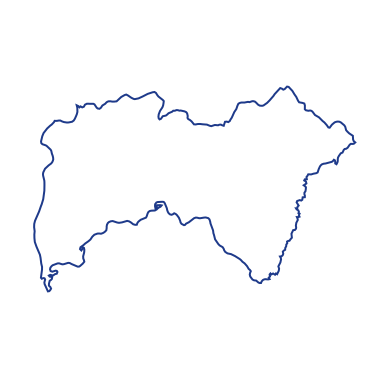 outline of São Romão, Minas Gerais, Brazil, rotated 187°
{"feature_id": "56859067B60763399870465", "entity_name": "São Romão", "entity_type": "district", "adm_level": 2, "iso_a3": "BRA", "parent_name": "Brazil", "parent_adm1": "Minas Gerais", "projection": "robinson", "projection_center": [-45.402, -16.354], "detail": "fine", "context": "isolated", "style": "outline", "palette": "blue", "viewbox_px": 384, "rotation_deg": 187, "n_neighbors": 0, "source": "geoboundaries", "source_scale": "gbopen_adm2", "svg_char_len": 5996}
<svg xmlns="http://www.w3.org/2000/svg" viewBox="0 0 384 384"><g transform="rotate(187 192 192)"><path d="M330.5,87.6L329.2,88.4L327.9,88.4L327.1,87.3L327.5,84.3L327.1,82.7L322.9,75.8L321.6,76.2L320.8,77.3L320.1,78.9L321.0,80.4L322.6,81.6L322.8,83.6L322.4,86.6L321.3,87.5L320.5,88.6L320.4,90.5L323.0,90.7L323.9,91.6L322.6,92.5L319.9,92.2L318.8,93.0L317.8,93.9L316.3,94.4L315.8,96.2L316.6,97.2L317.8,97.3L320.9,95.9L322.7,96.3L323.5,98.0L323.3,99.7L322.4,101.2L321.4,102.3L316.8,104.7L315.3,105.0L312.0,104.4L310.5,104.7L306.2,106.6L304.7,106.6L302.7,105.8L296.4,104.0L295.0,104.2L294.0,105.0L291.7,107.6L290.4,109.7L291.0,111.3L291.8,112.7L292.2,114.9L291.7,118.6L291.7,120.0L291.9,121.9L292.5,123.4L293.7,123.7L293.9,122.1L294.7,120.5L296.2,121.7L295.9,123.6L293.3,126.0L291.7,127.9L288.8,130.5L287.0,132.5L285.5,135.5L283.7,137.7L280.8,139.2L279.0,139.5L277.2,139.5L275.4,140.4L273.9,141.6L272.4,143.5L272.3,145.8L272.5,147.4L272.4,149.2L271.7,151.0L270.8,152.0L269.1,153.0L267.2,153.5L262.6,152.6L260.7,152.5L257.8,153.3L252.9,155.4L250.9,155.2L249.2,154.5L246.4,152.8L244.4,152.5L242.8,152.8L242.5,154.4L241.7,155.9L240.6,157.1L239.5,158.2L234.5,161.0L234.0,162.4L233.4,165.4L232.8,166.9L231.6,168.0L230.1,168.5L226.6,169.1L224.9,170.4L224.0,171.6L222.7,172.8L221.5,173.5L220.5,175.0L221.8,175.1L225.0,174.6L225.2,173.0L226.4,171.7L227.0,173.5L227.1,175.4L226.0,177.3L224.7,177.9L220.1,178.7L218.9,178.7L217.7,177.6L215.0,172.8L214.4,171.0L213.6,169.4L212.6,168.1L211.1,167.1L209.5,166.9L208.2,167.6L207.1,168.7L205.5,168.2L204.2,167.3L201.9,164.9L200.3,162.1L199.6,160.3L198.5,159.1L195.9,158.1L194.8,158.6L194.1,159.8L191.4,161.6L186.7,166.3L185.0,167.1L183.3,167.1L182.2,166.9L180.9,166.9L176.8,168.1L175.2,168.4L172.6,168.0L171.3,166.9L170.3,164.7L169.8,163.0L166.4,156.4L165.7,153.6L165.0,152.2L163.3,147.8L159.5,143.5L158.0,142.3L154.9,141.0L153.7,139.6L152.9,138.0L151.7,136.6L149.3,135.4L145.7,135.1L141.4,133.6L136.5,131.3L135.1,130.4L133.4,128.9L131.1,127.6L128.3,125.1L126.4,122.6L125.0,121.7L124.0,120.6L124.5,118.7L124.6,117.0L123.9,115.2L121.3,112.5L119.7,111.9L117.5,111.9L115.0,110.2L113.6,109.9L112.4,110.1L112.0,111.7L110.9,113.3L109.8,114.0L108.7,114.4L105.8,114.5L104.4,115.0L105.4,116.3L104.3,117.6L104.9,119.6L104.2,120.7L103.2,119.8L101.6,121.0L99.5,120.0L98.7,121.4L97.5,120.8L96.3,124.3L96.2,126.5L97.2,128.7L95.7,132.8L95.4,136.0L95.8,137.3L96.8,138.7L95.3,139.1L94.3,140.2L93.9,141.8L94.6,143.8L93.8,145.0L92.5,146.0L92.6,147.9L91.9,149.6L92.0,151.3L91.2,152.8L91.6,154.4L90.5,155.2L89.3,155.5L88.5,157.1L87.3,158.8L88.2,162.7L86.9,166.5L85.3,166.8L84.3,168.3L84.3,169.6L84.8,171.2L84.7,174.2L83.6,177.1L84.0,178.5L84.8,179.9L83.6,180.0L82.3,180.6L83.1,181.9L82.6,183.6L83.7,183.9L83.5,185.4L84.3,186.8L86.0,187.5L86.8,188.5L85.5,188.7L85.4,190.4L84.5,191.5L86.9,194.5L86.5,195.9L84.0,197.1L82.6,196.8L81.6,197.7L81.5,200.2L79.4,200.6L79.5,202.1L80.2,203.6L80.3,205.1L79.5,206.5L79.4,208.6L79.5,210.6L80.5,211.5L81.9,212.3L79.5,214.4L80.2,216.3L82.0,217.1L81.6,218.3L79.6,218.7L80.2,220.8L79.3,222.3L78.8,223.7L75.8,224.0L73.6,225.0L71.0,225.8L69.7,226.7L69.0,230.2L68.1,233.0L67.4,234.2L66.4,235.3L64.8,236.1L62.8,236.6L56.9,239.0L56.0,239.8L55.1,241.3L54.0,240.8L53.5,239.4L53.3,237.8L52.0,237.2L51.3,239.0L51.1,240.5L51.3,242.0L51.3,243.9L50.6,245.7L49.1,248.5L47.4,249.5L46.5,252.3L45.7,253.3L44.3,253.7L43.0,254.8L41.2,258.2L40.1,259.2L38.9,259.2L37.3,259.6L36.0,261.1L37.6,262.1L38.5,263.7L39.2,267.4L43.2,269.4L45.3,271.0L46.6,272.2L47.8,275.3L48.9,276.7L52.7,279.2L54.2,279.7L55.8,279.7L57.3,279.3L58.9,278.5L61.3,275.9L63.2,272.6L64.5,272.7L66.4,274.8L69.1,277.2L70.9,278.3L75.1,281.6L79.3,283.4L82.2,286.4L83.3,287.1L84.7,287.3L86.4,286.8L88.9,287.0L90.1,287.9L90.5,291.7L91.3,293.5L93.2,293.9L96.6,294.1L97.9,295.6L100.1,299.1L102.2,301.4L104.7,304.6L108.9,308.1L110.5,308.2L112.6,305.4L113.9,304.7L115.3,305.5L117.1,305.9L121.9,299.2L122.9,297.2L126.2,292.3L128.3,289.6L131.6,286.6L132.9,286.1L135.3,286.0L137.0,286.7L139.5,288.7L140.6,289.4L142.0,289.6L143.2,289.5L145.9,288.2L147.4,288.3L150.8,287.2L153.9,286.8L155.3,286.3L156.7,285.3L157.4,283.2L158.1,279.8L159.8,276.4L161.3,271.5L161.9,269.9L162.6,268.7L163.1,267.1L164.5,265.8L166.1,266.1L167.8,265.7L168.6,261.6L170.2,261.9L171.6,262.4L173.1,262.1L174.2,261.4L177.5,261.3L180.9,259.7L182.5,259.9L185.4,260.7L189.7,260.5L192.4,260.5L194.9,260.1L196.5,259.5L198.3,259.4L201.1,262.1L203.0,263.3L204.6,263.9L205.5,265.0L205.5,266.9L206.4,269.4L207.4,270.5L209.1,271.1L213.2,271.5L214.4,271.2L216.0,271.5L217.4,271.4L218.9,270.6L220.5,270.4L221.6,269.2L224.9,267.3L226.0,265.9L227.2,264.7L230.3,263.6L231.7,260.9L233.0,260.1L234.0,261.0L234.5,262.7L234.5,265.0L233.6,268.6L231.7,272.4L231.2,274.4L231.1,276.7L231.1,278.8L232.2,279.8L237.0,282.7L238.4,284.1L239.8,285.9L241.4,286.7L243.2,286.2L247.9,284.0L252.6,280.8L256.5,278.4L260.1,277.2L261.3,277.3L263.6,278.1L267.5,280.1L269.2,280.7L270.7,280.0L273.8,277.7L277.9,272.8L280.0,272.3L282.1,272.0L284.1,272.1L286.0,271.8L287.2,271.1L288.1,270.2L288.8,269.1L291.5,266.9L292.7,264.5L294.0,263.3L295.8,263.4L296.9,264.1L299.5,267.1L300.6,267.5L307.1,266.8L308.9,265.6L309.7,263.5L311.3,262.6L313.0,263.4L314.0,262.3L315.2,263.4L317.0,264.0L316.1,261.7L315.5,257.5L315.8,255.2L316.3,253.3L317.2,250.4L318.1,248.5L319.6,247.1L322.9,246.0L324.6,245.7L327.6,245.8L329.5,246.2L331.4,246.9L332.9,246.7L334.9,246.1L337.0,245.9L337.5,244.5L339.5,241.8L340.8,240.6L343.5,237.4L346.5,232.4L347.4,229.1L348.0,223.8L347.5,222.1L346.3,221.2L343.4,220.6L342.1,220.2L337.5,216.8L336.7,215.7L335.7,212.9L334.8,211.2L334.1,209.4L333.7,207.5L333.9,206.1L334.4,204.5L335.3,203.1L337.6,200.9L340.7,197.2L342.0,193.4L342.1,191.6L341.7,189.9L340.0,185.4L339.7,183.9L339.3,180.9L338.7,175.2L338.8,166.7L339.7,161.5L340.2,159.6L341.4,154.0L344.3,144.3L344.7,141.1L344.4,137.8L343.4,133.9L343.3,130.6L342.8,127.1L341.9,123.2L339.7,118.8L335.3,111.2L334.3,108.2L332.9,102.6L331.7,99.4L331.4,96.6L331.5,88.5L330.5,87.6Z" fill="none" stroke="#1e3a8a" stroke-width="2"/></g></svg>